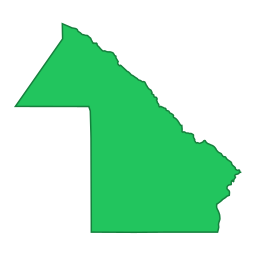 the border of Chaco
{"feature_id": "ARG-1306", "entity_name": "Chaco", "entity_type": "Province", "adm_level": 1, "iso_a3": "ARG", "parent_name": "Argentina", "parent_adm1": "", "projection": "natural_earth1", "projection_center": [-59.946, -26.062], "detail": "fine", "context": "isolated", "style": "filled", "palette": "green", "viewbox_px": 256, "rotation_deg": 0, "n_neighbors": 0, "source": "natural_earth", "source_scale": "10m", "svg_char_len": 4968}
<svg xmlns="http://www.w3.org/2000/svg" viewBox="0 0 256 256"><path d="M240.6,172.3L239.6,172.3L239.2,172.9L238.7,173.5L237.8,174.0L235.8,174.5L235.1,175.1L234.7,175.7L234.8,176.4L235.5,177.1L235.1,177.9L234.3,178.9L233.9,179.7L233.8,180.1L233.7,180.5L233.7,181.3L233.5,181.6L233.1,181.5L232.8,181.3L232.7,181.2L232.6,180.6L232.4,180.3L232.0,180.6L231.7,181.0L231.5,181.4L231.3,181.8L231.2,182.3L231.2,183.2L231.3,184.1L231.1,184.6L228.8,185.0L227.8,185.7L227.1,186.8L226.9,188.3L227.2,189.0L227.8,189.7L228.9,190.6L229.4,191.6L229.5,192.7L229.3,195.3L228.8,195.5L227.6,195.9L227.0,196.2L225.4,197.6L222.1,199.8L222.0,200.2L221.7,200.5L217.1,204.0L216.7,204.1L216.6,206.1L216.6,207.0L216.8,208.0L217.1,208.8L218.3,211.2L219.0,213.0L219.6,214.9L219.8,216.9L219.9,218.9L219.7,219.9L218.8,222.6L218.6,223.6L218.5,224.6L218.7,226.6L218.7,227.6L217.6,232.1L185.1,232.1L165.4,232.1L134.2,232.3L91.3,232.1L91.3,222.0L91.1,167.3L91.0,138.6L90.9,132.5L90.3,110.9L88.8,106.5L15.4,106.4L28.9,87.1L62.6,38.9L62.3,23.7L72.0,27.9L75.3,28.5L75.9,28.7L76.3,28.9L76.5,29.0L77.1,29.5L77.4,29.9L77.5,30.1L77.7,30.7L77.9,31.1L78.3,31.5L80.3,32.8L81.9,34.3L82.3,34.5L82.6,34.6L83.5,34.7L85.2,35.3L86.3,35.4L86.9,35.4L87.3,35.5L87.6,35.6L89.1,37.0L90.1,37.8L90.5,38.1L90.8,38.5L90.9,39.0L91.1,39.5L92.8,42.8L93.1,43.2L93.3,43.4L93.5,43.3L93.6,43.1L93.9,43.0L94.5,43.2L94.9,43.3L95.2,43.4L95.7,43.2L96.0,43.1L96.5,43.2L96.7,43.4L96.9,43.6L97.0,43.8L97.0,44.1L97.0,44.4L97.2,44.9L97.3,45.1L97.7,45.8L99.5,47.5L100.1,48.4L102.2,50.5L102.5,50.8L103.5,51.0L103.8,51.0L104.3,50.9L104.6,50.9L104.9,50.9L106.5,51.6L107.3,51.8L107.7,51.9L110.1,51.9L110.7,52.0L112.4,52.6L113.1,53.0L113.3,53.2L113.5,53.5L114.7,55.6L115.0,55.8L115.7,56.0L115.9,56.2L115.9,56.5L115.9,57.1L115.9,57.7L116.2,58.3L117.9,61.2L118.2,61.7L118.1,61.9L117.8,62.3L117.7,62.6L117.7,63.0L117.8,63.6L117.9,64.0L118.1,64.4L119.0,65.3L119.4,65.6L119.7,65.8L119.9,65.7L120.3,65.3L120.5,65.3L120.9,65.5L127.1,71.3L127.6,71.6L128.2,71.8L128.5,72.0L129.7,73.1L131.1,74.7L131.4,75.0L132.7,75.5L135.5,77.5L137.1,78.5L137.5,78.9L138.0,79.5L138.3,79.8L138.6,80.0L140.4,80.5L140.7,80.7L141.1,80.9L142.0,81.6L142.3,81.8L142.5,81.8L143.0,81.6L143.3,81.6L143.7,81.6L144.4,81.9L144.9,82.2L145.0,82.5L145.5,83.4L146.1,84.8L146.5,85.5L147.1,86.3L147.7,87.5L148.2,88.1L149.0,89.0L149.6,89.4L150.6,90.0L150.9,90.2L151.1,90.5L151.4,91.2L151.9,92.2L152.0,92.5L152.0,92.8L151.7,93.1L151.6,93.3L151.8,93.7L152.0,93.9L153.6,94.8L153.8,95.1L153.8,95.4L153.9,95.8L153.9,96.2L154.1,96.7L154.3,97.0L154.5,97.1L155.8,97.2L156.3,97.4L156.5,97.6L156.6,97.8L156.9,98.3L157.0,98.6L157.1,98.9L157.1,99.2L157.0,99.4L156.8,99.6L156.6,99.7L156.5,99.9L156.5,100.2L156.9,100.9L157.1,101.2L157.1,101.5L157.2,102.1L157.3,102.5L157.6,102.9L158.5,104.1L158.7,104.5L158.8,105.0L158.8,105.4L158.8,105.7L159.0,106.1L159.2,106.7L159.5,106.9L159.8,106.9L160.0,106.8L160.4,106.5L160.6,106.4L160.8,106.4L161.0,106.5L161.4,106.8L161.6,106.9L161.9,107.0L162.2,107.1L162.6,107.2L163.0,107.4L163.6,107.8L164.0,108.0L164.3,108.1L165.0,108.2L165.5,108.4L165.7,108.6L165.9,109.0L165.9,109.3L166.1,109.9L166.3,110.2L166.5,110.4L166.7,110.5L168.1,110.9L168.6,111.1L168.9,111.3L169.1,111.6L169.5,112.5L169.8,112.8L170.0,113.0L171.3,113.6L172.8,114.6L173.1,114.9L173.3,115.2L173.4,115.4L173.5,115.7L173.4,116.3L173.4,116.7L173.5,117.2L173.7,117.5L174.0,117.7L174.8,118.0L175.7,118.5L177.5,120.4L180.5,125.1L180.7,125.3L181.0,125.4L181.8,125.4L182.1,128.8L182.1,130.2L182.0,131.0L182.1,131.4L182.2,131.8L182.5,132.0L183.0,132.1L183.3,132.1L183.7,131.9L183.9,131.8L184.2,131.9L185.2,132.3L186.2,133.0L186.6,133.1L186.9,133.1L187.7,133.0L188.0,133.0L188.3,133.1L189.3,133.5L189.5,133.5L189.8,133.5L190.6,133.5L191.1,133.5L191.6,133.7L192.6,134.3L193.1,134.6L193.4,134.9L193.5,135.1L193.4,135.8L193.5,137.3L193.7,137.7L193.9,138.2L194.4,138.9L194.6,139.4L194.7,139.7L194.5,139.9L194.5,140.3L194.8,140.9L195.5,142.1L196.0,142.6L196.3,142.9L196.6,143.0L196.8,142.9L197.0,142.8L197.3,142.7L197.7,142.7L198.8,143.2L199.2,143.4L199.7,143.3L200.0,143.3L200.5,143.1L201.4,142.6L202.1,142.4L202.6,142.2L203.0,141.8L203.3,141.4L203.4,141.2L203.6,141.0L203.8,140.9L204.0,140.7L204.6,140.5L205.0,140.6L205.3,140.8L205.6,141.4L205.9,141.9L207.2,143.2L207.6,143.5L209.1,144.1L210.6,144.8L212.6,145.6L213.9,146.5L214.8,147.4L215.9,148.9L216.2,149.6L216.7,150.4L217.9,151.7L218.4,152.2L218.9,152.5L220.7,153.4L221.1,153.6L221.3,153.8L221.8,154.7L222.9,156.2L223.3,156.5L223.6,156.7L223.9,156.8L224.5,156.7L224.8,156.7L225.3,156.9L225.6,157.1L225.8,157.3L226.3,158.3L227.3,159.5L230.6,161.7L230.9,162.0L231.2,162.3L231.3,162.5L231.5,162.9L231.6,163.2L231.7,163.8L231.8,164.1L232.0,164.5L232.5,165.2L234.8,167.2L235.1,167.5L235.2,167.8L235.5,169.0L235.7,169.3L235.9,169.5L236.8,170.0L237.3,170.3L237.6,170.3L237.9,170.3L238.6,170.0L238.9,170.0L239.3,170.1L239.5,170.3L239.6,170.5L239.6,170.8L239.5,171.0L239.5,171.6L239.7,171.8L240.6,172.2L240.6,172.3Z" fill="#22c55e" stroke="#15803d" stroke-width="1.5"/></svg>